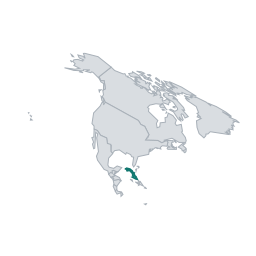 North America, with Cuba highlighted, rotated 30°
{"feature_id": "CUB", "entity_name": "Cuba", "entity_type": "country or territory", "adm_level": 0, "iso_a3": "CUB", "parent_name": "North America", "parent_adm1": "", "projection": "natural_earth1", "projection_center": [-79.329, 21.523], "detail": "coarse", "context": "in_parent", "style": "filled", "palette": "teal", "viewbox_px": 256, "rotation_deg": 30, "n_neighbors": 17, "source": "natural_earth", "source_scale": "50m", "svg_char_len": 9074}
<svg xmlns="http://www.w3.org/2000/svg" viewBox="0 0 256 256"><g transform="rotate(30 128 128)"><path d="M95.5,117.0L92.3,114.6L90.0,113.9L90.1,111.4L87.4,108.1L88.8,105.4L83.8,99.0L80.8,100.5L77.2,98.2L83.0,83.7L87.7,84.9L96.7,83.6L98.2,82.5L100.4,84.0L102.3,83.0L102.1,84.1L105.5,83.5L112.3,84.9L113.7,85.6L111.9,86.4L113.9,86.7L118.2,86.3L119.2,87.2L120.6,86.4L119.6,85.8L120.4,85.2L122.8,85.0L128.0,86.8L131.6,86.6L131.5,85.6L132.6,85.4L134.3,85.9L134.2,87.3L136.7,84.6L134.3,83.1L134.6,81.5L136.0,80.4L138.6,81.3L140.0,83.0L138.9,83.7L141.0,84.0L140.9,85.5L142.5,84.3L143.8,85.3L143.4,86.4L144.5,87.4L146.7,85.0L146.8,83.4L150.1,83.7L151.7,84.5L150.8,86.0L151.5,87.6L146.3,88.4L144.3,91.2L140.1,93.0L135.4,97.3L134.6,100.4L136.4,100.7L137.4,103.4L150.1,106.6L150.3,109.8L153.1,113.2L154.9,111.0L153.3,107.4L157.5,104.3L154.9,100.6L156.4,98.9L155.4,95.0L160.6,94.8L166.0,97.0L166.5,100.4L168.7,101.6L172.3,98.2L176.8,103.6L176.4,104.7L182.4,107.5L184.7,109.8L185.1,111.7L179.6,114.9L171.2,114.9L165.1,120.8L173.1,116.6L174.3,117.5L173.1,118.6L174.2,121.8L176.0,122.6L178.2,122.4L179.5,120.4L180.6,122.3L173.2,126.5L172.2,126.3L172.0,124.9L174.3,123.4L170.6,123.7L169.6,120.3L167.6,119.7L164.7,123.9L160.0,123.9L149.6,129.7L148.6,129.2L150.0,126.4L149.5,123.3L141.7,118.2L137.3,118.5L133.2,116.3L95.5,117.0ZM148.2,94.8L149.1,94.1L150.8,94.1L149.3,95.3L148.2,94.8ZM153.4,79.1L152.3,77.9L157.4,79.1L155.0,79.0L153.4,79.1ZM153.5,96.1L153.2,94.9L154.0,95.3L153.5,96.1ZM138.3,76.1L137.7,76.6L134.8,76.1L137.1,75.1L138.3,76.1ZM138.5,72.6L136.0,72.5L135.8,72.2L137.9,72.2L138.5,72.6ZM133.7,70.8L136.9,71.4L134.9,72.1L133.7,70.8ZM153.4,76.1L139.6,76.3L138.2,74.2L134.9,73.6L140.8,73.6L143.2,75.2L152.0,75.0L153.4,76.1ZM118.7,71.9L121.7,72.0L117.7,72.3L118.7,71.9ZM120.3,70.8L122.1,71.2L119.0,71.4L120.3,70.8ZM185.3,113.1L184.0,115.6L188.6,116.6L188.3,117.8L189.2,117.5L190.0,119.5L189.6,121.0L188.1,120.8L187.8,119.2L186.4,120.7L185.1,119.4L181.1,119.4L183.1,114.1L185.3,113.1ZM146.1,89.7L151.2,92.4L153.0,92.8L149.4,92.2L146.4,93.9L144.3,93.1L146.1,89.7ZM152.3,80.2L155.6,79.2L165.9,82.5L168.2,84.4L166.1,85.1L174.5,88.0L172.4,90.8L168.9,88.7L167.3,88.9L167.2,89.8L171.7,93.3L171.4,94.4L166.7,92.8L170.1,95.6L166.7,95.0L159.3,91.3L154.8,91.5L155.6,90.3L160.3,90.1L161.8,87.3L160.9,86.1L154.3,83.0L143.2,82.6L142.3,82.1L143.6,81.4L141.9,81.4L141.7,80.0L143.9,78.1L146.7,77.7L145.9,78.6L146.7,79.5L150.6,77.8L152.5,79.3L152.3,80.2ZM135.4,78.2L139.5,77.3L141.6,77.6L135.8,80.2L135.4,78.2ZM107.0,74.5L111.7,72.6L114.8,72.4L113.3,73.9L107.0,74.5ZM83.7,109.5L85.7,108.3L84.8,110.2L85.6,111.6L83.7,109.5ZM126.7,70.3L131.4,70.9L132.4,72.1L126.7,71.5L127.9,71.1L126.7,70.3ZM94.4,117.9L91.7,117.3L88.8,114.0L92.1,114.8L94.4,117.9ZM103.8,77.0L111.8,77.2L113.8,78.2L109.3,79.5L107.4,81.2L104.2,81.9L101.4,80.5L104.5,77.9L103.8,77.0ZM121.5,73.6L125.3,75.4L117.8,76.8L116.1,76.4L118.5,75.8L112.1,75.7L115.2,74.0L121.6,75.4L120.4,74.1L121.5,73.6ZM121.6,78.7L124.8,79.3L125.4,81.8L128.9,83.9L127.0,84.0L127.1,85.1L123.1,84.5L114.4,85.4L110.3,83.3L116.1,82.7L109.9,82.4L109.5,81.9L112.2,81.3L108.6,80.9L114.1,78.4L115.1,78.7L114.4,79.4L119.8,78.9L121.3,80.8L122.0,80.2L121.6,78.7ZM130.3,79.3L129.3,78.3L134.0,77.8L133.1,78.9L134.7,79.5L134.3,80.8L132.4,81.4L128.0,79.6L130.3,79.3ZM123.7,78.0L125.2,77.9L126.0,78.3L124.8,79.2L123.7,78.0ZM128.9,74.2L134.1,74.3L133.4,76.0L128.8,75.2L128.9,74.2ZM136.0,69.2L140.7,67.9L147.2,70.2L143.7,71.6L139.7,71.5L138.6,71.0L139.6,70.2L136.0,69.2ZM141.6,67.1L153.9,65.8L171.3,66.3L165.7,67.6L167.9,67.6L162.3,69.6L156.4,70.2L157.9,70.4L157.2,70.6L158.0,71.3L153.5,73.0L155.5,73.6L152.6,74.4L143.0,74.0L144.9,73.0L144.5,72.1L147.9,72.6L144.8,71.5L147.9,70.2L146.1,69.1L151.3,68.8L145.5,68.8L141.6,67.1ZM158.7,87.1L156.7,87.6L156.4,86.9L157.9,85.8L158.7,87.1ZM132.3,83.0L135.0,84.6L134.3,85.1L130.3,84.1L132.3,83.0ZM173.7,115.5L175.9,115.8L177.4,116.8L175.0,116.3L173.7,115.5ZM174.7,120.4L175.2,121.2L177.5,121.4L176.4,122.2L174.6,121.5L174.7,120.4Z" fill="#d9dde1" stroke="#a8b0b8" stroke-width="1"/><path d="M95.5,117.0L133.2,116.3L137.3,118.5L141.7,118.2L149.5,123.3L149.2,129.7L160.0,123.9L164.7,123.9L167.6,119.7L169.6,120.3L170.9,124.3L166.6,126.2L165.7,128.6L167.0,129.8L161.8,131.0L164.3,131.0L161.4,131.4L160.2,134.5L159.3,133.6L160.0,135.5L158.7,137.6L158.1,134.2L158.2,136.1L157.2,135.8L159.1,140.5L151.0,147.8L152.8,155.9L152.4,158.9L150.4,157.7L147.5,150.5L145.5,151.0L143.6,149.7L139.0,150.1L139.2,151.9L131.5,151.3L127.8,154.2L127.1,157.8L124.9,156.8L122.3,151.5L117.9,151.7L114.5,147.3L107.9,148.0L102.8,145.5L99.2,145.9L97.5,143.2L94.6,142.2L90.7,132.1L92.9,123.0L92.7,118.4L94.8,118.7L95.2,120.3L95.5,117.0ZM83.0,83.7L77.2,98.2L80.8,100.5L83.8,99.0L88.8,105.4L87.6,107.2L84.7,101.7L81.5,101.6L78.1,99.5L69.9,97.3L68.4,97.6L68.2,98.7L63.0,100.1L65.9,96.7L60.3,99.8L60.9,100.5L59.2,101.7L52.3,105.2L42.9,107.6L52.7,103.6L56.2,100.5L49.8,100.9L50.1,98.7L47.0,97.9L46.9,96.3L47.8,95.4L50.2,93.7L55.3,92.7L54.9,91.7L56.1,91.1L50.8,91.7L48.1,89.8L53.2,88.4L56.1,89.1L52.1,85.7L53.3,84.9L66.4,81.2L83.0,83.7ZM42.0,92.7L43.5,92.8L45.3,93.5L44.0,94.0L42.0,92.7ZM39.1,168.6L41.0,169.0L39.5,170.0L39.1,168.6ZM38.6,166.3L38.8,167.1L38.5,166.5L38.6,166.3ZM37.7,166.0L38.4,166.2L37.6,166.2L37.7,166.0ZM36.4,165.8L37.1,165.8L36.4,165.8ZM34.5,164.2L34.6,164.8L34.1,164.5L34.5,164.2ZM44.2,98.4L46.4,98.2L46.2,98.9L44.2,98.4ZM58.2,102.8L61.5,102.6L58.0,103.6L58.2,102.8Z" fill="#d9dde1" stroke="#a8b0b8" stroke-width="1"/><path d="M165.3,168.6L165.3,171.6L161.2,171.0L164.4,170.5L163.1,168.3L165.3,168.6Z" fill="#d9dde1" stroke="#a8b0b8" stroke-width="1"/><path d="M165.8,172.4L165.5,168.3L170.4,170.6L166.9,170.9L165.8,172.4Z" fill="#d9dde1" stroke="#a8b0b8" stroke-width="1"/><path d="M154.5,156.7L156.1,156.0L156.1,156.4L154.5,156.7ZM156.2,155.6L157.3,156.4L157.1,157.7L156.8,156.5L156.2,155.6ZM155.3,160.0L156.0,158.9L156.6,161.4L155.3,160.0Z" fill="#d9dde1" stroke="#a8b0b8" stroke-width="1"/><path d="M186.2,66.3L193.7,65.3L205.0,65.3L211.9,66.2L201.3,66.8L211.5,67.3L210.9,68.0L217.7,67.1L221.9,67.8L214.9,69.2L217.3,69.2L216.3,71.0L217.2,72.4L218.9,73.3L215.8,73.8L218.1,74.5L219.0,75.7L217.9,75.8L219.9,77.0L215.9,78.4L218.0,80.0L215.1,79.8L218.6,81.1L219.5,82.3L217.6,82.5L214.8,81.1L215.6,82.1L214.5,82.9L219.2,83.0L201.1,90.1L200.2,93.2L198.5,94.4L199.3,95.7L198.7,98.6L192.4,97.3L187.5,93.0L183.7,87.5L186.6,83.3L182.3,83.8L182.3,82.0L185.8,82.4L180.4,80.8L181.5,79.5L176.4,75.3L165.6,74.6L162.4,73.3L167.3,72.8L160.3,71.9L168.1,70.1L168.4,69.7L165.5,69.2L171.2,67.8L170.7,67.3L182.7,66.5L189.0,67.4L186.2,66.3Z" fill="#d9dde1" stroke="#a8b0b8" stroke-width="1"/><path d="M99.2,145.9L102.8,145.5L107.9,148.0L114.5,147.3L117.9,151.7L121.3,150.8L124.9,156.8L127.6,157.7L126.3,163.8L129.1,170.2L131.3,171.4L135.8,170.1L137.6,166.3L142.4,165.4L141.2,171.2L136.4,172.0L135.7,173.0L137.2,175.1L135.2,175.1L134.5,177.8L132.0,175.3L128.0,175.8L117.7,171.1L114.8,168.2L114.2,163.2L105.8,152.2L104.8,148.3L102.2,147.9L109.3,162.1L108.6,163.1L105.3,159.7L105.3,157.5L101.5,154.4L102.9,152.9L99.2,145.9Z" fill="#d9dde1" stroke="#a8b0b8" stroke-width="1"/><path d="M156.9,188.1L156.1,190.7L154.2,187.6L151.6,190.7L148.6,189.2L148.4,186.7L150.7,187.9L154.4,186.6L156.9,188.1Z" fill="#d9dde1" stroke="#a8b0b8" stroke-width="1"/><path d="M149.0,186.6L148.4,188.9L144.3,185.9L143.9,184.2L147.4,184.1L149.0,186.6Z" fill="#d9dde1" stroke="#a8b0b8" stroke-width="1"/><path d="M147.4,184.1L144.2,183.9L141.3,180.7L145.5,177.3L148.2,177.0L147.4,184.1Z" fill="#d9dde1" stroke="#a8b0b8" stroke-width="1"/><path d="M148.2,177.0L145.5,177.3L141.8,180.5L138.8,178.0L141.0,175.4L145.4,175.2L148.2,177.0Z" fill="#d9dde1" stroke="#a8b0b8" stroke-width="1"/><path d="M138.8,178.0L141.2,179.1L141.0,180.2L137.7,179.2L138.8,178.0Z" fill="#d9dde1" stroke="#a8b0b8" stroke-width="1"/><path d="M134.5,177.8L135.2,175.1L137.2,175.1L135.7,173.0L136.4,172.0L139.2,172.0L139.0,175.4L140.5,175.7L138.8,178.0L137.7,179.2L134.5,177.8Z" fill="#d9dde1" stroke="#a8b0b8" stroke-width="1"/><path d="M139.2,172.0L140.8,171.0L139.5,175.4L139.0,175.4L139.2,172.0Z" fill="#d9dde1" stroke="#a8b0b8" stroke-width="1"/><path d="M172.2,170.7L174.5,171.2L172.1,171.7L172.2,170.7Z" fill="#d9dde1" stroke="#a8b0b8" stroke-width="1"/><path d="M155.4,171.3L157.6,170.9L158.6,171.9L155.4,171.3Z" fill="#d9dde1" stroke="#a8b0b8" stroke-width="1"/><path d="M180.3,185.6L181.8,184.3L181.8,185.6L180.3,185.6Z" fill="#d9dde1" stroke="#a8b0b8" stroke-width="1"/><path d="M150.2,162.5L153.2,163.0L154.0,163.8L154.9,163.9L156.4,164.9L156.6,164.8L157.6,165.8L159.3,166.1L159.3,166.8L160.6,167.0L161.7,167.8L160.2,168.3L156.3,168.4L157.2,167.4L157.1,167.0L155.7,166.8L154.8,165.3L151.2,164.1L150.2,164.2L149.8,163.9L150.4,163.7L150.2,163.4L148.8,163.3L146.9,164.7L145.6,164.8L146.5,164.4L146.9,163.4L150.2,162.5ZM149.1,165.3L148.5,165.6L148.2,165.3L148.5,165.3L148.5,164.7L149.1,165.3ZM154.9,163.6L155.4,163.6L155.5,163.8L154.9,163.6ZM156.4,164.5L156.0,164.4L156.4,164.5ZM155.7,163.8L155.6,164.0L155.5,163.8L155.7,163.8ZM156.1,164.3L155.8,164.2L156.1,164.3Z" fill="#14b8a6" stroke="#0f766e" stroke-width="1.5"/></g></svg>